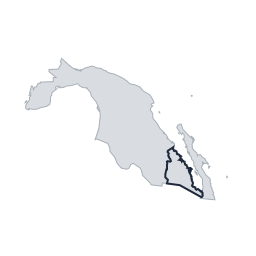 location of Sonora within Mexico, rotated 188°
{"feature_id": "MEX-2712", "entity_name": "Sonora", "entity_type": "State", "adm_level": 1, "iso_a3": "MEX", "parent_name": "Mexico", "parent_adm1": "", "projection": "albers", "projection_center": [-111.078, 29.368], "detail": "medium", "context": "in_parent", "style": "outline", "palette": "slate", "viewbox_px": 256, "rotation_deg": 188, "n_neighbors": 0, "source": "natural_earth", "source_scale": "10m", "svg_char_len": 5131}
<svg xmlns="http://www.w3.org/2000/svg" viewBox="0 0 256 256"><g transform="rotate(188 128 128)"><path d="M31.9,69.0L46.6,68.3L45.8,69.7L68.9,78.6L86.3,78.4L86.3,75.1L97.1,74.9L99.0,77.1L106.9,83.0L109.0,88.1L110.5,90.1L118.0,93.8L120.2,92.0L121.6,88.1L123.7,87.0L128.9,87.3L133.6,91.2L137.0,97.1L142.6,102.2L143.2,105.7L145.9,109.9L157.5,112.8L158.9,111.9L156.8,123.6L157.2,137.1L158.1,139.9L161.5,143.4L161.1,145.6L161.1,143.5L158.2,140.5L159.3,143.4L163.1,149.3L168.8,154.7L170.4,158.3L174.4,161.6L173.4,161.7L175.6,162.3L174.8,161.8L178.6,161.8L181.4,162.8L184.1,164.9L190.1,162.1L194.6,161.1L197.4,159.2L200.6,158.4L201.3,158.8L201.2,159.6L203.9,159.7L205.5,158.2L204.7,156.4L203.9,157.0L204.1,156.6L208.2,152.5L208.1,149.8L209.2,148.0L208.5,143.8L208.8,140.4L212.0,137.9L218.1,135.7L220.6,134.1L223.6,133.3L228.8,133.4L229.1,132.6L227.8,132.8L229.4,132.0L231.7,132.9L232.5,134.8L232.0,137.5L229.5,142.1L229.8,144.7L228.5,146.6L228.9,147.1L230.4,146.6L229.1,148.6L229.3,149.2L230.3,148.8L229.5,155.7L229.1,156.4L227.7,155.1L227.0,152.7L226.0,155.5L224.5,156.0L223.2,159.8L221.0,160.2L221.0,161.3L208.4,163.5L209.1,167.5L206.2,168.0L214.1,172.8L214.3,175.0L205.3,176.6L202.9,182.6L204.1,183.9L203.5,187.7L195.9,182.5L190.0,179.1L186.6,178.0L186.3,178.4L189.5,179.4L184.7,178.8L184.8,177.8L183.7,178.4L182.8,177.6L182.1,178.7L183.7,178.9L181.4,179.5L179.2,181.2L172.1,184.4L167.2,183.2L163.1,183.3L160.2,181.9L157.4,181.5L155.6,180.1L148.9,179.4L140.5,176.8L135.0,174.1L132.6,172.1L127.1,171.7L121.8,170.2L118.3,166.9L111.0,163.9L107.1,159.3L105.7,156.5L108.4,154.9L107.9,153.7L106.6,153.4L108.3,151.1L108.4,148.4L106.9,147.6L105.3,145.0L105.2,142.6L104.1,140.5L99.8,136.6L96.1,131.8L90.5,127.7L92.1,128.5L92.2,127.6L89.3,126.7L87.0,123.4L88.5,123.5L84.3,121.3L83.6,120.2L82.1,120.7L81.8,120.2L83.0,118.8L81.0,119.9L79.7,118.9L79.4,116.7L80.9,114.7L81.4,115.1L80.3,113.1L79.0,111.8L77.2,111.9L76.0,109.2L73.9,108.6L72.6,107.5L71.7,105.1L72.2,103.6L68.4,102.9L61.9,95.2L61.5,93.4L60.5,92.9L56.4,83.4L56.1,80.5L56.6,79.6L53.0,78.3L52.2,76.8L51.1,76.2L49.8,77.1L45.1,74.1L45.9,75.9L45.3,79.5L46.3,82.3L47.1,87.7L51.9,92.6L53.4,95.8L54.2,95.6L54.6,96.6L55.3,96.7L56.0,98.8L57.4,99.5L58.2,103.8L60.7,106.0L61.6,108.5L62.8,109.2L63.7,112.1L64.7,112.8L64.1,110.7L65.5,111.9L67.3,118.6L69.0,120.4L71.3,125.2L71.0,127.2L71.5,129.0L73.4,130.7L74.1,128.9L79.7,135.1L79.3,137.4L77.1,139.1L75.9,139.3L73.5,134.3L64.7,127.4L63.9,127.5L62.2,125.4L61.8,123.9L62.3,120.7L61.6,117.6L60.3,115.5L56.2,112.7L55.4,110.1L54.6,111.2L52.5,111.7L51.0,109.9L47.1,107.9L46.6,106.4L43.7,104.1L43.5,103.3L46.4,103.8L48.2,103.3L48.2,104.0L49.6,104.7L49.1,102.9L48.4,102.8L49.9,99.3L44.5,92.5L40.0,89.4L39.2,87.9L39.2,85.4L38.2,84.6L37.9,81.7L36.5,80.5L36.3,78.8L34.4,76.1L34.1,74.8L34.8,74.0L33.4,72.9L31.9,69.0ZM61.6,95.3L61.1,97.0L59.7,96.5L60.3,93.9L61.1,93.6L61.6,95.3ZM55.6,94.9L53.5,93.0L53.0,91.1L54.1,91.8L54.3,92.8L55.4,93.1L55.6,94.9ZM232.6,140.9L231.9,140.5L232.0,139.7L233.4,138.7L232.6,140.9ZM62.3,127.5L60.7,125.7L61.7,122.1L61.4,125.3L62.3,127.5ZM42.7,101.7L41.5,101.4L42.4,99.5L42.9,100.9L42.7,101.7ZM23.6,94.4L22.6,93.2L22.9,92.6L23.2,92.7L23.6,94.4ZM63.6,127.5L64.5,128.9L62.6,127.6L63.6,127.5ZM99.6,148.0L99.5,148.5L98.9,148.3L98.7,147.4L99.6,148.0ZM71.9,123.9L72.2,125.0L71.2,123.6L71.9,123.9ZM68.0,116.7L68.6,117.2L67.8,118.2L68.0,116.7ZM69.8,169.0L69.4,169.2L68.8,168.7L69.3,168.2L69.8,169.0ZM202.8,158.1L201.7,158.5L203.5,157.6L202.8,158.1ZM77.2,130.1L76.6,129.9L76.5,128.9L77.2,130.1Z" fill="#d9dde1" stroke="#a8b0b8" stroke-width="1"/><path d="M45.9,69.8L68.8,78.6L81.7,78.5L81.3,82.2L84.2,84.4L84.6,87.7L84.2,92.3L83.6,92.4L84.3,97.1L84.1,98.1L84.8,100.1L84.2,100.7L81.6,100.5L80.9,101.1L81.9,103.3L82.6,103.7L83.5,104.8L83.4,105.2L84.2,105.9L84.3,107.4L84.0,108.2L84.8,109.3L85.5,109.8L85.3,111.1L81.3,114.5L81.1,114.3L81.0,114.2L80.5,114.5L80.5,113.4L79.0,112.1L79.3,112.1L79.3,111.8L78.7,111.6L78.5,111.8L78.9,112.1L77.8,112.1L76.7,111.5L76.0,109.8L76.4,110.2L75.9,109.1L75.5,108.9L75.2,109.2L73.8,108.7L72.3,107.7L72.9,107.6L72.4,107.0L72.1,107.1L71.6,105.2L72.1,104.5L71.8,104.4L71.7,103.9L72.3,103.5L70.2,103.3L70.4,103.1L70.2,102.7L69.9,103.8L69.2,102.9L68.5,103.1L67.1,101.5L66.3,100.3L66.4,99.8L64.7,99.3L64.4,98.4L63.2,97.1L63.6,97.0L63.7,96.8L63.4,96.8L61.8,95.6L61.9,94.5L61.5,94.0L61.4,93.1L60.9,93.0L60.3,92.9L60.6,91.9L59.3,90.2L58.8,88.9L58.3,88.8L58.2,86.6L57.6,86.2L57.6,85.0L56.3,83.2L56.0,82.2L56.2,81.3L56.0,80.4L56.3,80.9L56.6,79.7L55.7,79.2L55.4,78.8L55.2,78.8L55.4,79.1L53.0,78.5L52.8,77.2L51.5,76.3L51.1,76.4L50.9,76.0L51.1,76.7L50.9,76.9L50.6,77.2L49.8,77.2L47.2,75.2L46.6,75.1L45.1,74.0L45.1,73.1L44.9,72.8L45.0,72.4L44.6,71.3L45.3,69.9L45.9,69.8ZM61.2,97.0L60.6,97.1L59.2,96.2L59.8,95.6L60.0,94.0L61.3,93.6L61.2,94.4L61.7,95.2L61.2,97.0ZM46.0,74.8L46.4,75.1L46.8,75.7L46.1,75.5L46.0,74.8ZM80.7,115.0L80.7,114.5L81.1,114.5L80.7,115.0ZM71.7,107.5L71.7,107.1L71.8,106.8L71.8,107.4L72.2,107.8L71.7,107.5ZM75.4,109.2L75.7,109.3L76.0,109.6L75.7,109.3L75.4,109.2ZM80.3,115.2L80.5,114.8L80.5,115.0L80.3,115.2ZM66.8,102.9L66.7,102.7L66.9,103.0L66.8,102.9Z" fill="none" stroke="#1e293b" stroke-width="2"/></g></svg>